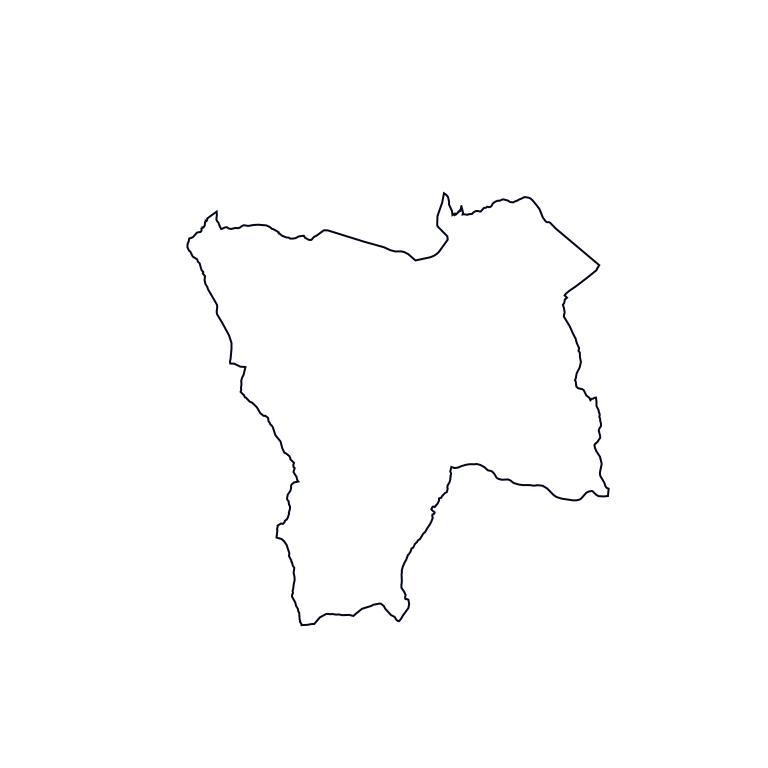 Racos, Brasov, Romania (Albers equal-area conic projection), rotated 41°
{"feature_id": "2599482B67476847069739", "entity_name": "Racos", "entity_type": "district", "adm_level": 2, "iso_a3": "ROU", "parent_name": "Romania", "parent_adm1": "Brasov", "projection": "albers", "projection_center": [25.432, 46.029], "detail": "fine", "context": "isolated", "style": "outline", "palette": "ink", "viewbox_px": 768, "rotation_deg": 41, "n_neighbors": 0, "source": "geoboundaries", "source_scale": "gbopen_adm2", "svg_char_len": 6165}
<svg xmlns="http://www.w3.org/2000/svg" viewBox="0 0 768 768"><g transform="rotate(41 384 384)"><path d="M551.0,553.0L550.9,550.1L550.2,546.5L549.4,537.1L547.3,533.5L543.9,530.8L542.1,531.5L541.4,532.2L540.1,531.5L538.6,528.9L535.2,527.5L530.9,526.4L528.7,523.9L527.7,522.2L525.9,520.1L522.2,516.2L520.9,514.2L519.9,513.3L518.0,509.5L516.5,504.5L516.1,502.1L514.3,497.6L514.4,496.1L514.0,493.0L512.7,490.1L513.4,488.4L512.3,484.5L512.6,481.6L512.3,480.5L512.3,479.2L512.9,477.7L512.8,476.8L511.9,471.8L511.8,470.3L512.1,469.6L512.1,468.0L511.5,465.9L510.7,459.9L510.1,457.1L508.7,453.2L507.1,452.0L506.2,450.8L506.9,449.1L506.7,448.0L506.2,447.6L504.0,447.8L501.9,447.5L501.3,445.2L501.4,444.4L502.1,443.8L502.8,443.7L503.1,443.2L502.8,441.4L503.0,440.0L502.7,438.1L501.9,435.6L500.6,434.3L501.8,432.3L501.4,430.9L501.5,426.9L501.6,426.1L502.3,424.5L502.3,424.0L501.4,422.8L501.1,421.8L500.6,421.1L499.8,420.6L498.6,419.0L498.0,415.4L496.4,412.1L495.6,411.4L495.1,410.1L494.3,409.5L493.9,408.2L493.2,407.4L491.4,406.6L489.3,402.4L492.4,401.1L494.7,398.5L496.0,395.7L498.7,391.4L501.3,388.3L505.3,384.9L506.1,383.8L509.7,381.9L514.3,380.9L519.0,381.0L522.1,379.3L523.2,379.1L526.1,379.4L530.4,380.9L532.8,380.5L535.8,378.9L540.3,374.6L542.8,373.8L546.7,373.7L551.8,371.4L555.5,368.9L560.0,364.9L564.0,362.3L566.4,359.5L570.5,356.7L575.8,355.8L584.5,356.5L588.1,356.2L593.4,353.9L603.0,347.8L605.5,345.6L606.5,344.3L607.6,342.6L608.0,340.6L608.0,333.6L609.0,330.9L610.8,328.6L611.7,328.1L616.8,328.4L619.4,327.9L623.4,324.9L626.5,321.6L622.2,315.6L620.1,316.3L618.5,316.0L614.9,313.9L607.9,311.6L606.5,310.7L605.0,309.1L600.8,301.6L600.0,300.9L594.7,297.2L588.7,295.5L585.2,293.9L582.9,292.0L582.6,291.0L583.1,287.6L582.7,285.2L582.5,282.7L581.4,281.6L576.4,278.1L575.6,275.8L575.5,273.8L574.7,272.6L573.8,271.6L571.1,269.8L570.2,268.6L568.0,267.5L567.1,265.8L565.8,264.8L564.4,264.1L563.0,262.9L558.8,261.2L556.0,258.0L552.9,255.2L551.7,256.6L551.3,258.1L550.5,259.0L550.4,260.8L548.1,259.7L544.3,259.9L538.7,257.6L536.9,257.9L533.2,259.9L530.8,259.7L527.1,256.4L525.7,255.9L525.0,253.9L522.4,249.5L520.8,243.1L518.2,238.2L514.3,235.2L511.1,231.8L509.3,231.5L508.8,231.2L508.3,229.7L507.6,228.9L503.4,227.0L500.5,225.3L499.4,224.3L492.7,221.6L486.4,218.6L475.7,215.2L474.4,213.7L473.8,212.1L473.1,211.2L469.4,208.2L467.1,207.0L466.8,204.5L465.1,201.7L465.5,198.8L462.2,198.7L462.0,196.7L462.7,192.2L464.6,185.1L467.6,170.5L469.7,158.7L469.2,157.4L468.5,153.1L411.2,154.0L403.7,153.3L402.4,153.6L400.8,155.0L399.4,155.2L394.8,154.2L386.6,150.0L381.5,148.9L375.5,147.9L373.4,147.9L371.6,148.2L369.2,149.5L367.2,151.0L366.6,152.8L364.7,156.7L364.2,158.4L363.3,159.8L362.3,162.2L359.9,163.9L357.1,164.3L353.2,166.2L352.3,167.1L351.0,169.9L349.6,171.0L348.3,173.5L347.8,175.8L347.8,176.9L348.4,179.5L347.6,181.4L345.6,182.5L345.3,184.1L344.1,185.4L343.9,186.1L343.8,190.3L343.5,190.8L341.6,191.7L340.1,192.9L338.9,195.8L338.8,198.1L336.7,200.1L336.0,201.5L332.9,203.5L332.1,204.5L331.2,202.8L325.8,199.0L325.7,199.2L327.2,201.5L327.3,202.7L328.1,203.2L327.5,204.7L327.2,204.7L327.1,205.1L327.3,206.6L327.0,209.1L325.9,208.9L326.1,210.4L324.9,210.3L324.7,211.5L321.8,208.8L315.3,205.9L313.4,203.6L309.5,200.8L306.8,200.4L304.1,200.7L308.9,208.9L314.2,222.2L319.9,229.2L321.3,229.9L334.9,231.0L337.4,233.3L338.8,248.6L338.4,251.6L337.4,254.9L335.7,258.1L326.7,270.1L317.0,270.1L312.6,271.2L310.0,272.6L305.5,276.6L301.1,278.8L294.3,280.8L275.3,289.8L240.9,304.9L237.8,307.4L235.8,316.1L234.6,319.2L234.7,322.1L234.5,323.0L233.1,324.3L232.0,324.7L228.2,325.4L226.2,324.7L222.8,328.6L221.8,331.4L221.2,332.4L219.8,334.1L217.8,335.8L216.1,336.0L214.2,337.4L209.7,339.0L206.5,339.0L206.3,339.3L205.3,338.7L204.9,339.1L204.2,338.7L199.1,339.7L197.6,340.4L195.2,340.4L191.3,341.4L184.7,346.2L181.2,349.6L177.9,353.7L174.0,356.2L173.1,358.3L172.5,360.8L171.3,362.5L169.8,363.3L166.9,367.3L164.6,368.6L162.6,368.7L161.1,370.4L159.9,373.3L159.4,373.8L156.9,372.9L153.1,370.8L151.2,370.6L149.5,369.7L146.9,366.0L144.6,363.7L142.0,374.9L143.1,376.6L143.1,377.1L142.4,377.5L143.0,378.0L142.6,378.6L142.7,379.1L144.6,381.8L144.8,382.8L145.0,384.2L144.9,384.8L144.2,385.0L144.6,385.8L144.2,386.5L145.2,387.3L145.7,388.2L145.8,389.0L145.7,389.8L144.4,391.2L143.5,392.6L143.5,398.2L142.7,400.2L141.5,402.0L143.1,404.6L143.8,407.1L146.0,409.8L149.5,411.3L150.8,411.1L156.1,413.3L161.3,412.5L163.3,413.8L165.7,413.9L171.5,417.7L174.2,418.1L174.8,419.5L178.1,420.0L180.4,423.3L183.5,425.6L187.0,426.7L189.1,428.0L205.8,433.7L207.4,435.0L210.4,439.4L212.3,440.9L222.7,444.3L235.2,449.0L242.0,453.1L245.8,457.5L251.8,465.8L253.1,468.2L254.5,469.4L257.7,466.9L264.1,465.2L268.3,462.1L272.0,469.2L272.8,472.4L274.1,475.2L276.6,477.7L278.7,480.9L280.0,481.9L280.9,484.0L284.9,484.4L285.4,484.2L287.8,485.3L288.8,484.9L294.4,485.4L296.7,484.6L303.4,485.0L309.9,487.2L314.0,487.0L315.2,485.9L318.4,485.6L319.2,486.0L321.5,488.0L322.9,488.2L324.7,489.0L326.9,489.1L328.3,489.5L335.7,493.9L343.7,495.3L349.3,499.2L353.9,501.2L355.5,500.7L359.8,500.5L362.0,501.4L362.7,502.3L367.7,502.5L368.6,504.5L370.3,506.1L371.8,506.1L373.4,509.8L378.9,511.5L381.9,513.6L383.3,513.8L380.6,517.5L380.2,520.6L380.6,521.7L382.3,523.7L383.4,526.0L384.0,530.7L386.0,534.1L386.7,534.7L388.9,535.1L391.4,537.3L393.2,537.9L394.8,539.7L396.8,543.8L397.4,544.1L399.2,548.3L399.5,550.3L399.2,550.8L399.0,552.3L399.6,553.5L399.5,555.9L397.8,556.9L396.6,560.7L397.5,561.6L398.5,563.8L399.5,564.3L403.6,570.4L408.4,568.2L411.8,568.2L416.2,569.4L423.7,573.9L425.0,576.1L429.6,577.9L430.9,579.0L431.6,579.0L434.1,580.8L436.9,581.6L439.7,585.8L443.0,588.3L445.2,590.6L447.1,594.1L450.1,598.6L450.7,600.1L452.4,601.4L452.9,603.4L454.2,604.9L460.2,607.0L463.1,609.1L466.6,610.2L468.3,611.7L470.2,612.4L474.7,617.0L476.0,617.6L476.5,618.6L479.0,619.2L479.9,620.1L484.1,616.1L486.9,612.6L488.8,610.8L488.7,602.3L491.2,595.6L492.2,594.5L494.3,593.2L496.0,591.4L499.0,589.6L501.5,587.2L503.9,586.1L509.1,581.2L513.1,579.1L513.5,575.8L514.9,568.0L520.2,559.5L520.5,557.9L524.9,552.4L526.0,551.8L529.5,551.7L532.4,552.8L540.7,553.8L544.9,552.8L548.3,553.9L550.4,553.6L551.0,553.0Z" fill="none" stroke="#020617" stroke-width="2"/></g></svg>